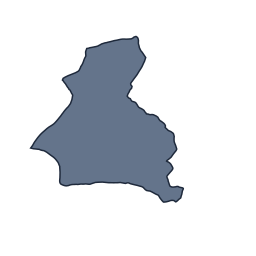 outline of Mayo, Pattani, Thailand, rotated 301°
{"feature_id": "78962969B89271538016717", "entity_name": "Mayo", "entity_type": "district", "adm_level": 2, "iso_a3": "THA", "parent_name": "Thailand", "parent_adm1": "Pattani", "projection": "orthographic", "projection_center": [101.405, 6.689], "detail": "fine", "context": "isolated", "style": "filled", "palette": "slate", "viewbox_px": 256, "rotation_deg": 301, "n_neighbors": 0, "source": "geoboundaries", "source_scale": "gbopen_adm2", "svg_char_len": 4383}
<svg xmlns="http://www.w3.org/2000/svg" viewBox="0 0 256 256"><g transform="rotate(301 128 128)"><path d="M174.9,51.7L171.8,52.3L171.0,52.7L169.0,54.1L168.1,54.7L167.1,54.9L165.7,54.9L164.2,55.1L161.4,55.7L159.1,56.0L158.4,56.0L156.3,55.9L154.9,56.2L153.3,56.3L152.3,56.4L151.2,56.2L148.4,54.6L142.1,49.8L139.2,47.9L137.1,46.8L136.9,47.0L136.7,47.0L136.4,47.0L136.0,47.0L135.8,47.0L135.7,47.0L135.4,47.1L135.2,47.2L135.2,47.4L135.2,47.6L135.2,47.8L135.1,48.1L134.9,48.5L134.5,49.3L134.1,50.4L133.9,51.0L133.8,51.4L133.7,51.6L133.1,52.8L132.5,53.9L131.9,55.1L131.8,55.4L131.7,55.7L131.6,55.9L131.5,56.2L131.4,56.5L131.2,56.9L131.1,57.0L130.8,57.4L130.8,57.5L130.7,57.6L130.6,58.8L130.4,59.2L129.7,60.2L129.3,60.9L128.8,61.6L128.6,62.0L128.2,62.8L127.9,63.4L127.8,63.5L127.6,63.7L125.3,64.6L123.5,65.3L121.4,65.7L119.4,66.1L116.3,65.9L114.9,65.7L113.5,65.3L111.2,64.9L109.0,64.6L107.6,64.5L106.1,64.3L103.4,64.1L101.6,63.8L100.0,63.6L97.4,63.2L94.9,62.7L93.1,62.2L91.5,61.5L90.9,61.2L89.9,60.7L88.0,59.7L85.7,58.8L82.5,57.8L81.6,57.5L80.7,57.2L78.7,56.6L77.0,56.2L74.6,55.8L73.1,55.6L71.1,55.4L68.9,55.2L67.1,55.1L63.8,55.2L60.7,54.9L61.5,57.6L62.6,59.9L63.5,61.9L64.0,62.9L64.1,64.2L64.6,66.0L65.3,67.7L65.4,70.8L65.2,72.7L64.9,75.7L64.6,79.3L64.2,81.2L63.5,83.3L62.4,86.0L61.0,87.8L59.9,89.3L59.5,89.5L57.2,91.1L55.0,92.6L50.1,95.4L49.2,95.8L48.4,96.2L47.4,96.7L46.3,97.6L45.7,98.4L45.4,99.1L45.4,100.1L45.6,101.8L45.9,103.1L46.1,103.7L46.6,104.9L47.6,106.1L48.1,106.7L49.2,107.5L50.7,109.1L52.2,111.4L53.1,112.7L53.7,114.0L55.5,116.2L57.2,119.1L58.3,120.5L59.3,122.7L59.8,123.7L60.3,124.4L62.9,126.6L63.2,126.9L64.5,128.0L66.1,130.3L68.4,133.8L71.1,139.5L72.4,141.7L73.6,143.8L75.9,147.5L77.3,149.4L77.9,151.0L79.0,153.9L79.2,154.4L80.4,155.4L81.0,156.2L81.3,157.0L81.5,158.8L82.7,162.8L83.6,165.5L84.3,168.2L84.8,169.8L84.9,171.1L84.9,171.7L84.1,174.5L84.0,176.1L84.7,178.0L85.3,179.4L85.5,181.6L85.6,184.5L85.7,186.5L85.9,187.4L86.0,188.2L85.7,189.3L84.5,191.4L83.6,193.7L83.1,195.2L82.8,196.5L83.3,197.4L84.4,198.8L86.2,200.6L87.6,201.7L88.7,203.0L89.5,204.8L89.3,206.4L89.2,206.7L89.7,207.3L91.0,207.8L93.2,208.4L95.3,209.2L96.8,208.7L99.0,208.2L100.8,207.5L102.2,207.0L103.2,206.9L104.1,206.8L104.7,206.5L104.8,206.0L104.7,205.3L104.0,203.3L103.7,202.4L103.7,201.2L103.4,200.5L102.8,199.7L102.6,199.5L102.1,199.1L100.5,197.0L100.0,195.9L99.8,194.8L99.9,193.7L100.6,192.8L101.4,191.9L102.7,190.4L103.2,189.7L104.0,189.2L104.5,188.6L105.1,187.7L105.7,187.0L105.8,186.8L106.2,186.4L106.9,186.2L108.1,186.3L108.7,186.4L112.7,187.1L113.5,187.3L115.4,187.5L116.4,187.3L117.1,186.7L118.2,184.9L119.1,183.2L119.5,181.7L119.6,180.7L119.6,180.0L119.4,178.7L119.5,178.1L120.1,178.1L122.3,179.0L124.6,179.8L125.3,180.0L126.9,180.1L127.1,180.1L129.4,180.3L131.6,180.6L132.8,180.8L133.9,180.8L134.0,180.8L134.7,180.7L135.1,180.6L135.8,179.8L137.4,178.0L138.2,177.0L138.6,176.4L139.8,174.9L140.9,174.0L142.5,173.0L143.6,172.4L144.3,172.1L144.6,171.9L145.7,170.8L146.5,169.9L146.8,169.1L146.9,167.8L147.0,166.4L146.7,164.5L146.7,163.2L147.1,161.8L147.5,160.0L147.7,159.5L148.4,159.3L149.1,159.0L149.9,157.9L150.3,156.9L150.5,156.1L150.7,154.3L150.9,153.1L150.7,152.5L150.9,151.4L151.4,150.1L152.2,148.7L152.6,148.1L152.8,146.0L152.6,144.4L152.5,143.1L152.1,142.0L151.7,141.3L151.2,140.8L150.8,139.9L150.4,139.0L150.3,137.8L149.8,137.2L149.6,136.4L150.0,135.9L150.1,135.7L150.6,134.0L151.3,132.7L151.5,131.2L151.5,129.4L151.3,127.8L151.3,126.5L151.8,125.3L152.4,124.3L152.9,123.3L153.3,122.4L153.6,121.8L153.7,120.7L153.4,119.2L153.0,117.9L153.1,117.2L153.5,116.2L154.3,114.9L154.1,112.9L154.9,110.9L155.3,110.8L157.3,110.4L159.8,110.4L161.2,110.1L164.0,110.6L165.8,110.0L166.5,108.1L167.6,107.3L169.5,107.4L171.0,107.6L172.6,107.7L174.5,107.9L176.3,108.1L178.4,108.3L180.6,108.3L182.7,108.3L185.2,108.4L187.7,108.4L190.4,108.1L192.1,107.9L193.6,107.8L195.3,107.4L197.5,106.9L198.4,105.0L199.4,102.9L200.3,100.9L200.8,99.3L202.7,96.4L204.1,95.1L205.6,93.5L207.1,92.6L208.4,91.9L209.7,90.7L210.5,89.5L210.6,87.7L209.0,86.3L207.5,85.8L206.1,84.9L205.2,83.6L204.2,82.2L203.1,80.5L202.5,79.3L201.6,77.8L200.3,76.1L198.8,74.5L197.7,73.4L195.9,71.3L192.8,68.3L191.3,66.7L190.3,65.8L188.9,64.2L187.6,63.1L186.5,62.1L185.2,61.4L184.7,61.1L183.4,60.3L182.8,60.0L181.4,58.7L180.4,57.6L179.2,56.3L178.3,55.3L177.2,54.0L176.0,53.0L174.9,51.7Z" fill="#64748b" stroke="#1e293b" stroke-width="1.5"/></g></svg>